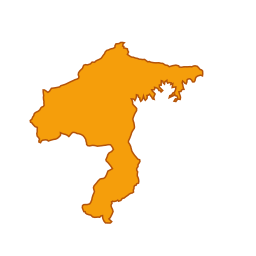 Franca, São Paulo, Brazil, rotated 340°
{"feature_id": "56859067B28056382416557", "entity_name": "Franca", "entity_type": "district", "adm_level": 2, "iso_a3": "BRA", "parent_name": "Brazil", "parent_adm1": "São Paulo", "projection": "orthographic", "projection_center": [-47.359, -20.595], "detail": "fine", "context": "isolated", "style": "filled", "palette": "amber", "viewbox_px": 256, "rotation_deg": 340, "n_neighbors": 0, "source": "geoboundaries", "source_scale": "gbopen_adm2", "svg_char_len": 5111}
<svg xmlns="http://www.w3.org/2000/svg" viewBox="0 0 256 256"><g transform="rotate(340 128 128)"><path d="M151.9,45.6L150.2,45.1L148.8,45.6L147.3,45.3L145.5,44.8L144.0,46.1L143.2,47.8L141.1,48.1L139.3,47.8L137.8,47.8L136.4,48.0L134.7,47.8L132.8,48.6L131.3,50.2L129.5,51.3L126.9,53.2L124.6,53.7L122.2,53.8L120.5,54.1L119.1,54.8L116.8,53.8L114.7,54.9L111.4,54.8L109.7,53.9L107.8,53.9L105.6,56.4L103.9,57.1L102.2,57.9L100.5,59.1L99.4,61.0L99.5,62.9L98.6,64.3L96.8,64.6L94.6,64.5L92.8,64.7L91.5,64.8L90.0,64.9L85.2,65.4L83.9,65.5L81.1,65.4L79.3,65.3L77.9,66.0L75.6,65.7L72.7,65.2L69.6,64.5L66.8,66.6L64.9,67.1L63.3,64.7L62.5,63.7L61.3,63.2L60.6,65.2L60.2,67.0L59.9,68.6L59.0,70.2L58.4,72.3L58.1,74.4L57.5,75.7L56.9,78.1L55.7,78.8L53.9,78.9L52.7,79.5L51.5,80.7L49.5,81.5L47.2,81.7L45.8,82.0L44.7,82.6L43.6,84.2L42.2,85.1L40.6,86.9L38.7,87.5L38.4,89.2L39.3,90.0L39.8,91.7L40.5,93.5L41.2,95.0L43.0,96.4L42.1,98.6L41.3,100.7L40.4,102.0L39.9,104.5L40.6,106.3L41.1,108.1L40.0,109.4L39.5,110.7L40.8,111.9L42.2,110.6L43.7,110.3L46.5,110.9L48.0,111.8L48.7,113.0L50.5,113.0L52.2,113.1L54.2,113.3L56.2,113.7L57.8,113.6L59.0,113.3L61.0,112.4L62.3,111.5L62.9,109.3L64.1,110.5L65.6,111.7L67.0,112.6L68.5,114.1L69.5,115.8L70.8,115.1L72.4,114.1L74.3,113.2L75.7,113.6L77.1,114.5L78.3,115.8L79.8,116.5L81.8,118.1L83.1,119.7L83.8,121.4L84.4,124.2L84.0,126.3L84.0,127.7L83.5,129.3L84.1,130.8L85.8,131.7L88.6,132.1L90.2,132.8L91.6,133.6L93.0,134.6L95.1,135.1L97.1,135.6L99.1,136.0L101.0,136.5L103.7,136.9L105.9,137.8L106.7,140.4L107.0,143.1L104.6,144.5L103.2,144.7L101.6,145.0L99.8,146.3L98.7,147.8L97.4,149.2L96.4,150.2L96.3,151.5L97.4,153.7L98.5,156.9L99.1,159.0L99.5,160.9L97.0,161.3L94.4,161.6L93.1,163.1L91.9,164.5L90.4,165.9L89.3,166.7L87.7,167.0L86.0,166.6L84.3,166.4L81.8,167.5L80.0,168.7L76.4,170.7L75.1,172.3L74.9,173.9L74.8,176.1L74.0,177.2L72.5,178.7L71.6,179.8L70.4,181.4L69.5,183.0L68.5,184.1L67.5,185.2L66.0,186.2L63.5,186.0L61.6,185.3L60.2,184.9L58.8,185.3L57.8,187.2L57.8,189.4L57.9,191.5L59.1,192.0L59.0,193.4L59.9,194.8L61.7,196.2L63.2,197.1L64.4,199.5L66.2,200.6L68.0,201.1L69.4,201.4L70.9,202.2L72.2,201.4L74.1,201.6L73.6,203.3L73.4,204.7L73.6,207.4L74.4,209.5L76.2,210.2L77.9,210.9L79.1,211.2L80.7,210.4L79.7,208.5L79.0,206.9L80.6,206.2L81.9,205.0L83.5,203.5L85.4,201.4L85.6,199.2L85.4,197.5L85.4,195.6L85.9,194.4L87.4,193.1L87.2,191.8L88.5,191.5L89.6,192.3L92.0,192.6L93.7,192.3L94.1,193.6L96.5,193.6L98.6,192.2L100.4,192.5L102.7,191.7L104.8,191.2L106.6,190.5L108.4,190.3L109.8,190.5L111.3,190.1L111.8,188.0L112.8,187.1L113.5,185.4L114.5,184.3L115.9,184.6L117.0,183.4L119.0,183.4L119.9,181.8L120.4,179.6L120.5,177.9L120.3,176.3L121.0,174.4L122.1,172.5L121.7,170.8L122.3,169.0L124.2,167.7L124.9,165.8L126.4,164.8L127.8,163.5L128.1,161.8L126.8,160.9L126.2,159.6L125.7,158.1L124.9,156.1L124.4,154.3L124.0,152.5L123.7,151.0L123.9,149.3L124.0,147.7L124.2,146.2L124.0,143.9L123.5,141.8L124.0,140.3L126.2,138.1L128.0,136.0L128.9,134.9L129.7,133.7L131.6,132.0L133.7,130.5L134.4,129.4L134.8,127.7L135.3,125.1L135.3,123.3L135.6,121.2L136.8,119.6L138.0,118.2L139.3,116.8L140.4,115.9L142.0,114.6L142.8,112.6L142.1,110.8L141.2,108.8L140.6,107.1L141.2,105.2L141.3,103.4L141.1,101.8L143.3,102.8L143.9,104.5L145.6,102.9L146.7,101.2L147.3,99.6L148.6,100.6L148.3,102.4L149.4,103.8L148.9,105.2L149.1,107.3L150.5,106.7L152.2,105.2L153.5,103.3L153.3,106.3L153.7,107.9L155.9,106.8L156.7,105.3L156.9,103.9L158.3,104.1L159.8,103.6L160.2,105.3L160.8,106.9L161.1,109.0L162.4,110.0L162.5,108.3L163.6,106.8L165.1,105.3L164.4,103.4L163.5,101.7L163.4,100.2L165.6,101.0L166.6,100.2L166.9,98.9L168.4,99.9L169.6,101.3L169.9,103.4L171.1,104.0L171.4,105.5L173.5,104.6L172.5,102.6L171.5,100.2L172.2,98.4L173.8,99.1L174.5,97.2L175.5,94.9L176.7,95.9L176.4,97.5L177.3,99.2L178.5,97.2L180.8,96.5L180.4,98.0L180.6,99.4L182.3,99.4L184.0,100.3L183.1,101.7L185.3,101.6L184.4,103.2L183.3,105.1L185.3,105.4L187.0,105.8L186.0,108.0L185.0,109.1L184.0,110.2L182.0,110.5L180.5,111.8L178.3,111.9L177.1,113.6L178.7,113.4L181.6,113.2L183.4,112.2L183.4,113.8L185.0,114.7L185.0,116.4L184.5,117.8L186.8,119.0L187.8,117.3L188.0,116.0L188.0,113.8L188.2,111.4L190.3,111.8L191.3,110.7L192.5,110.4L193.8,110.8L193.8,109.2L193.9,107.7L194.3,105.7L194.3,104.1L195.4,102.5L196.2,103.9L196.6,105.1L197.7,106.4L199.0,105.0L199.9,103.0L201.4,102.5L203.0,102.9L204.2,104.7L204.4,106.7L205.8,107.3L207.1,106.5L208.0,105.0L209.0,103.7L210.9,103.0L212.6,103.0L214.4,103.2L215.8,104.5L216.7,102.8L217.6,100.0L217.0,98.6L215.8,97.7L215.1,95.8L214.2,93.7L212.3,92.5L210.8,92.2L208.8,92.3L207.4,91.6L204.6,90.8L202.8,90.1L201.0,89.5L199.3,89.3L197.1,88.3L196.9,86.9L194.5,85.3L191.3,84.7L187.7,84.5L186.6,82.7L184.6,81.6L183.6,80.3L182.8,79.2L181.2,78.5L179.4,77.3L175.9,76.1L174.3,75.3L171.8,73.9L170.8,72.8L169.3,72.6L168.3,71.2L167.0,69.2L165.2,68.7L163.5,67.8L162.0,67.1L160.8,65.9L158.9,64.8L157.2,63.3L155.7,62.7L154.2,61.0L152.6,58.6L154.5,56.8L154.2,54.9L154.5,53.4L152.9,52.2L151.4,51.3L152.0,50.0L151.0,49.2L152.1,47.3L153.6,46.6L151.9,45.6ZM184.5,117.8L182.6,116.8L180.4,118.5L182.0,119.5L183.1,118.8L184.5,117.8Z" fill="#f59e0b" stroke="#b45309" stroke-width="1.5"/></g></svg>